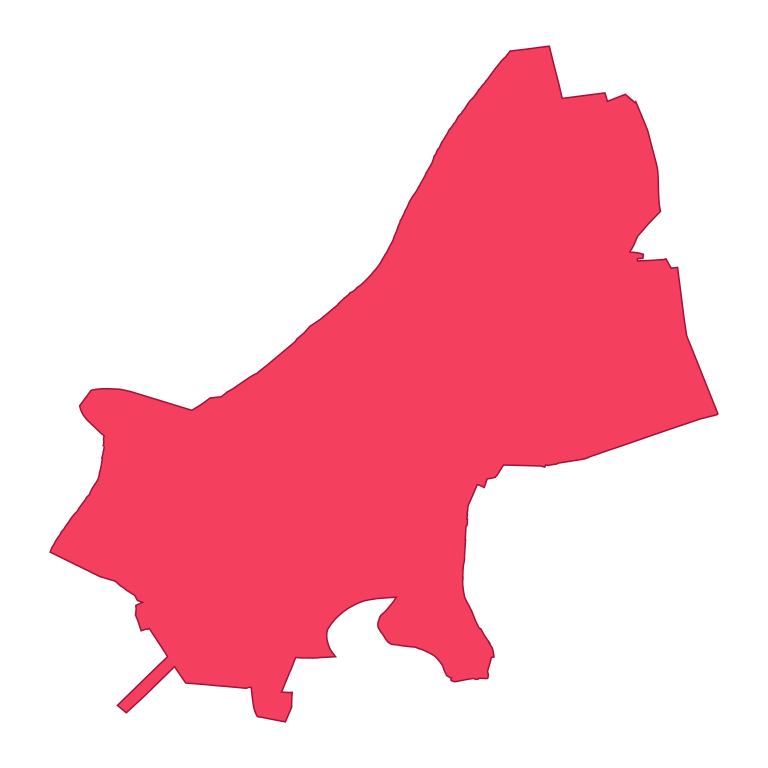 outline of Ventspils, Ventspils, Latvia
{"feature_id": "27541924B34686521440656", "entity_name": "Ventspils", "entity_type": "district", "adm_level": 2, "iso_a3": "LVA", "parent_name": "Latvia", "parent_adm1": "Ventspils", "projection": "robinson", "projection_center": [21.593, 57.409], "detail": "fine", "context": "isolated", "style": "filled", "palette": "rose", "viewbox_px": 768, "rotation_deg": 0, "n_neighbors": 0, "source": "geoboundaries", "source_scale": "gbopen_adm2", "svg_char_len": 6049}
<svg xmlns="http://www.w3.org/2000/svg" viewBox="0 0 768 768"><path d="M335.6,656.7L332.4,652.6L330.5,649.7L329.4,647.7L328.1,643.9L327.3,640.6L326.9,638.7L326.7,635.4L326.9,632.4L327.6,629.6L329.7,626.2L331.4,623.7L334.9,619.4L337.4,617.0L342.6,612.3L347.2,609.0L351.1,606.7L355.9,604.1L361.1,601.9L364.8,600.7L368.2,600.0L372.3,599.3L377.1,598.6L381.7,598.2L396.2,597.2L394.2,600.5L391.2,604.4L386.7,609.8L384.6,612.1L381.7,614.5L380.9,615.3L379.7,617.2L378.6,621.0L378.0,622.6L377.8,623.7L377.8,624.5L378.0,626.6L378.3,627.7L379.2,629.3L380.5,631.5L382.4,633.9L383.2,635.1L385.7,639.2L387.1,641.0L388.1,642.1L389.1,642.9L390.5,643.8L392.1,644.4L397.3,644.9L402.3,645.8L409.1,646.6L415.7,647.2L418.4,648.5L420.9,649.2L423.5,650.2L430.3,653.4L432.4,654.6L434.6,656.1L436.1,657.4L437.4,658.8L440.4,662.5L442.6,665.7L444.3,670.7L445.9,673.9L446.5,675.4L448.0,676.4L450.1,677.6L451.5,678.0L450.9,679.7L451.0,680.4L454.0,681.7L457.1,681.4L467.2,679.4L473.1,678.5L476.3,679.4L478.1,679.1L479.5,678.3L483.1,678.4L486.1,678.6L487.7,678.4L487.9,677.8L488.4,675.1L487.7,672.1L487.6,671.5L487.6,671.1L488.6,667.7L489.8,663.7L491.4,657.4L494.0,657.0L494.0,656.3L493.0,650.5L492.3,648.1L489.2,643.1L489.7,643.0L485.0,636.4L480.7,628.7L479.2,628.2L475.5,620.7L471.7,611.0L465.0,598.2L464.6,597.0L463.7,592.3L462.9,586.2L462.7,583.8L462.7,580.3L462.9,579.6L463.0,577.2L462.6,577.2L462.9,574.1L462.9,572.1L463.4,565.4L464.3,561.1L464.6,558.9L464.5,556.5L465.0,547.8L465.1,547.1L465.6,539.6L465.3,539.6L465.9,527.9L466.1,525.8L466.8,525.8L467.3,523.8L467.5,519.1L466.8,519.2L467.0,516.3L467.3,516.3L467.5,514.1L467.0,514.1L467.2,511.6L467.6,511.6L467.9,507.3L468.2,505.5L473.8,492.8L477.2,484.7L479.8,485.4L484.2,487.5L487.2,479.0L495.3,477.4L496.5,475.7L496.8,475.7L503.5,465.0L540.9,466.0L541.1,466.2L544.7,467.1L545.7,464.9L547.9,465.4L556.7,464.0L558.3,463.1L580.6,459.6L584.0,458.7L584.1,459.0L588.6,457.5L588.5,457.2L609.6,449.9L617.8,447.2L667.2,430.1L700.4,418.9L717.0,414.7L717.9,413.8L689.6,342.9L687.9,338.9L686.8,335.9L686.3,333.4L683.9,316.9L677.6,267.4L671.2,268.2L669.5,265.2L666.0,258.8L663.7,259.6L659.2,259.8L652.8,260.3L637.5,260.9L637.4,258.7L642.9,258.3L643.4,254.3L640.9,253.6L636.7,252.6L632.4,252.2L631.6,252.4L631.1,252.4L629.9,251.9L633.3,246.2L637.7,236.2L648.5,223.8L653.7,218.3L660.5,211.4L659.2,204.0L658.6,194.4L658.1,176.8L657.9,172.9L657.6,169.7L656.9,166.2L656.3,163.3L650.8,142.7L649.9,138.9L648.1,132.0L647.1,129.0L643.0,118.9L635.8,101.7L635.1,102.7L625.3,94.3L610.9,100.0L607.5,101.3L604.9,92.9L562.2,98.4L559.1,85.0L553.9,64.8L549.3,46.1L524.3,49.4L514.7,50.5L511.8,50.9L510.2,50.9L505.5,57.0L503.6,58.7L503.0,59.2L502.7,59.8L501.7,60.5L500.8,61.5L500.5,62.3L498.9,64.1L494.5,69.6L487.9,78.7L486.4,80.6L485.6,81.3L484.8,82.9L484.4,83.4L483.1,84.5L482.4,85.3L480.2,88.3L478.8,89.7L478.1,91.0L473.5,97.3L469.4,101.5L466.3,106.2L464.0,109.8L462.2,111.8L461.7,113.1L461.4,113.5L460.0,114.6L458.1,116.8L457.7,117.5L457.4,118.3L456.8,119.2L455.5,121.7L454.7,122.8L453.8,123.6L453.1,124.6L451.9,126.7L451.3,127.4L450.4,128.4L449.0,130.2L448.3,131.4L447.7,132.9L447.1,134.0L446.4,135.1L445.9,135.7L443.3,140.2L441.7,142.4L440.3,145.4L440.0,146.3L439.7,146.9L439.4,147.5L437.6,149.6L437.4,150.2L436.8,151.3L436.4,152.4L435.9,153.6L435.4,154.6L434.3,156.0L434.1,156.6L433.8,157.0L433.7,157.4L433.7,158.2L432.6,161.1L432.4,162.2L431.5,163.5L431.0,164.8L430.3,166.1L428.7,168.6L427.7,170.5L427.0,171.4L426.7,172.2L426.0,173.1L425.8,173.6L425.3,175.0L424.7,176.3L422.2,180.7L420.9,182.8L420.0,184.8L419.4,185.9L418.7,186.8L416.5,191.0L413.0,195.8L409.1,202.4L407.5,206.4L406.1,209.1L405.5,210.0L404.8,211.6L404.6,212.2L404.0,213.5L403.7,214.5L402.4,216.7L402.0,217.8L401.3,219.1L400.1,220.8L400.1,222.0L399.8,222.7L398.7,225.1L398.1,226.5L397.5,228.6L395.6,233.5L394.4,236.1L393.0,240.1L392.4,241.5L391.1,243.8L387.8,250.0L386.8,252.2L384.8,255.1L383.7,257.2L382.2,259.6L380.4,263.0L378.8,265.3L376.6,268.2L374.9,270.3L373.6,271.5L373.0,272.3L371.0,274.9L369.3,276.7L364.7,281.3L360.1,285.6L358.2,286.7L357.0,287.7L354.3,290.5L351.9,292.0L349.6,293.1L349.1,294.1L348.3,294.9L344.8,297.7L343.5,298.8L342.7,299.8L340.9,301.2L338.5,303.6L337.5,305.0L320.4,319.3L309.8,326.4L304.2,332.8L296.7,339.2L295.2,341.6L266.5,365.6L257.9,372.4L257.2,373.3L254.4,374.5L250.0,377.0L237.3,385.7L233.9,388.2L226.8,392.2L225.6,393.3L221.2,396.8L210.2,397.9L201.9,404.1L191.8,410.3L130.4,391.5L119.9,389.2L106.6,388.7L101.5,388.8L95.5,389.4L91.1,390.3L79.6,405.8L79.6,406.0L79.8,406.5L80.2,408.2L81.4,411.6L83.3,415.1L86.6,419.5L100.6,432.9L102.4,434.4L102.7,434.4L104.3,436.1L103.9,436.7L103.7,437.6L103.5,440.3L103.8,440.9L103.8,441.5L103.5,444.8L103.2,445.6L103.6,445.9L104.0,446.5L104.2,447.1L104.1,448.2L103.8,449.2L103.0,452.8L103.1,453.4L101.8,458.1L101.9,458.3L102.4,458.5L101.8,461.7L101.2,465.8L100.3,470.0L99.6,472.2L99.3,473.8L99.1,475.7L98.8,476.8L98.1,478.9L96.7,481.6L94.5,484.9L93.0,487.0L90.4,491.8L89.6,494.3L88.8,495.2L86.5,497.4L85.7,499.1L84.1,501.5L82.7,503.1L79.1,508.0L77.6,510.7L76.4,512.2L75.1,513.4L74.1,514.4L70.8,518.6L68.0,523.0L66.4,525.0L64.0,528.8L63.2,529.9L62.5,530.4L62.3,530.7L61.1,532.3L60.8,532.8L60.6,533.7L59.3,535.6L58.9,536.3L58.4,536.8L57.3,538.4L56.0,540.4L55.4,541.4L55.0,542.2L54.6,543.2L53.6,545.0L52.2,547.0L51.8,547.8L50.8,550.5L50.1,552.1L99.9,576.6L115.3,581.2L120.4,585.8L125.3,589.0L126.0,589.9L134.8,595.5L137.4,600.5L142.6,602.3L137.2,604.8L135.8,605.5L136.2,609.0L135.5,615.2L137.3,619.3L138.4,622.3L141.1,630.8L144.1,629.8L146.1,629.0L147.6,629.4L149.2,628.3L165.4,653.1L167.5,656.8L159.6,664.3L117.4,705.4L126.3,712.8L144.2,696.3L174.5,666.7L185.7,683.0L207.0,684.7L217.7,685.8L224.6,686.3L246.5,688.3L248.7,687.3L251.3,687.5L252.1,695.9L252.7,700.7L253.5,706.2L254.2,708.9L254.7,710.7L255.0,711.7L256.2,714.4L257.4,716.6L263.9,717.7L266.6,718.3L285.4,721.9L291.6,707.3L291.8,697.4L292.3,692.4L288.4,692.5L281.6,692.0L289.3,673.2L290.9,669.7L295.7,657.5L300.5,657.9L312.4,658.0L313.6,658.1L313.9,657.8L316.9,658.0L318.4,657.7L335.6,656.7Z" fill="#f43f5e" stroke="#9f1239" stroke-width="1.5"/></svg>